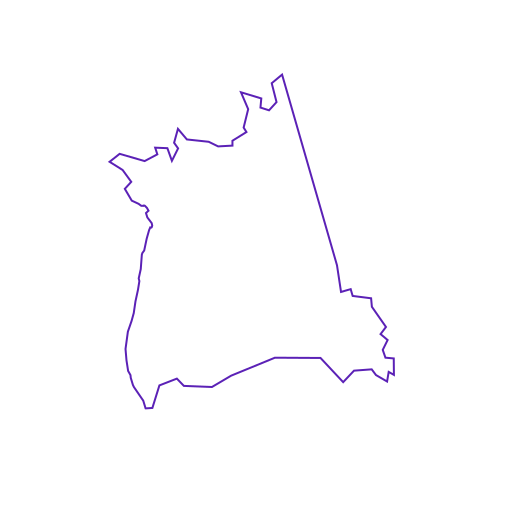 Crittenden, Kentucky, United States of America, rotated 289°
{"feature_id": "52423323B72365040154578", "entity_name": "Crittenden", "entity_type": "district", "adm_level": 2, "iso_a3": "USA", "parent_name": "United States of America", "parent_adm1": "Kentucky", "projection": "natural_earth1", "projection_center": [-88.105, 37.337], "detail": "fine", "context": "isolated", "style": "outline", "palette": "violet", "viewbox_px": 512, "rotation_deg": 289, "n_neighbors": 0, "source": "geoboundaries", "source_scale": "gbopen_adm2", "svg_char_len": 1297}
<svg xmlns="http://www.w3.org/2000/svg" viewBox="0 0 512 512"><g transform="rotate(289 256 256)"><path d="M76.0,201.3L78.6,207.5L102.2,206.8L114.3,221.1L109.7,230.1L117.8,257.0L134.8,271.5L166.0,307.0L180.6,350.2L165.1,379.5L179.5,386.0L186.5,402.3L182.5,408.2L180.0,420.8L189.6,419.2L188.5,425.1L204.0,419.6L202.0,411.5L208.5,406.4L219.4,407.8L222.7,399.2L231.2,402.0L245.7,382.1L253.5,378.6L249.7,360.4L255.5,356.3L249.7,348.1L273.6,335.6L436.0,221.6L424.5,214.6L408.2,225.3L398.0,220.9L397.8,211.9L406.7,209.7L405.9,188.5L392.3,200.8L373.4,202.5L370.1,206.6L357.3,196.2L352.7,197.8L347.3,184.5L348.6,174.1L343.7,152.7L350.8,140.8L336.4,141.7L332.4,147.3L318.6,145.5L329.1,137.1L325.6,125.4L320.0,129.6L309.5,119.8L308.2,93.8L297.4,86.9L293.9,101.9L285.5,113.9L276.8,110.1L267.9,120.5L267.1,128.0L266.1,131.2L266.8,133.3L267.3,133.6L267.3,134.6L266.0,137.2L263.8,139.6L263.3,139.3L260.8,138.0L257.1,140.7L253.1,146.7L250.9,148.0L249.1,148.0L248.6,147.5L248.6,146.7L245.6,146.5L236.8,147.0L224.8,148.5L221.9,147.6L220.2,147.6L206.1,151.3L196.6,152.4L194.3,153.9L185.7,155.4L173.9,156.8L162.2,159.0L154.0,159.5L142.7,159.5L125.6,162.9L115.2,167.5L105.7,172.5L102.5,176.1L100.1,177.2L94.0,181.6L92.3,183.3L82.5,196.5L76.0,201.2L76.0,201.3Z" fill="none" stroke="#5b21b6" stroke-width="2"/></g></svg>